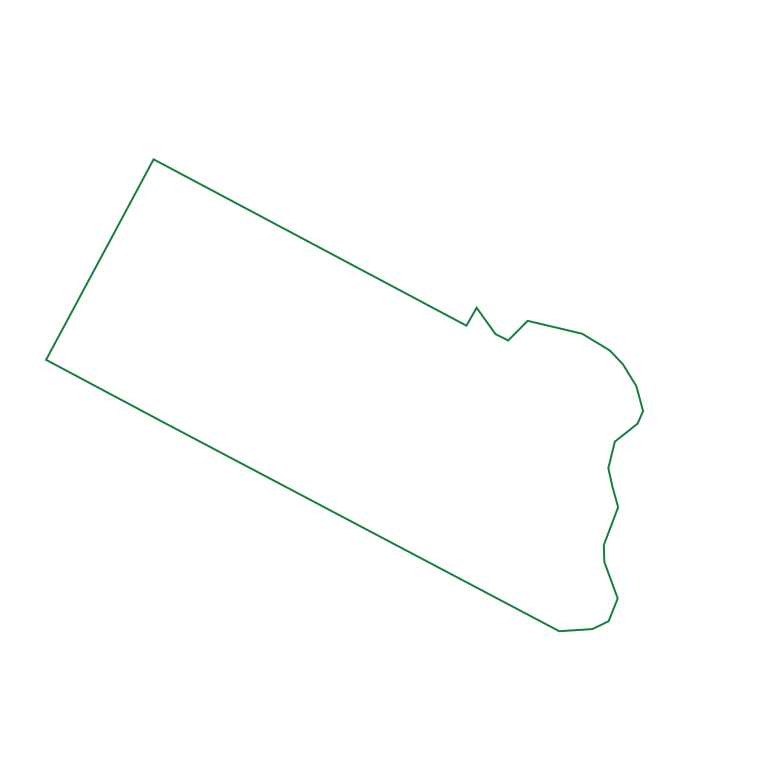 the district of Oliver, North Dakota, United States of America, rotated 28°
{"feature_id": "52423323B97337379799338", "entity_name": "Oliver", "entity_type": "district", "adm_level": 2, "iso_a3": "USA", "parent_name": "United States of America", "parent_adm1": "North Dakota", "projection": "robinson", "projection_center": [-101.106, 47.138], "detail": "fine", "context": "isolated", "style": "outline", "palette": "green", "viewbox_px": 768, "rotation_deg": 28, "n_neighbors": 0, "source": "geoboundaries", "source_scale": "gbopen_adm2", "svg_char_len": 463}
<svg xmlns="http://www.w3.org/2000/svg" viewBox="0 0 768 768"><g transform="rotate(28 384 384)"><path d="M654.8,520.0L683.0,502.6L693.7,488.0L691.0,463.6L662.1,437.7L653.7,423.0L648.6,382.9L634.4,368.0L621.6,353.0L614.9,326.5L626.5,300.0L625.5,286.3L607.9,267.5L585.6,254.4L567.6,248.4L535.4,246.6L481.2,260.8L473.2,287.3L459.1,287.6L430.0,273.2L429.4,293.8L75.1,293.8L74.3,521.3L206.7,521.4L654.8,520.0Z" fill="none" stroke="#15803d" stroke-width="2"/></g></svg>